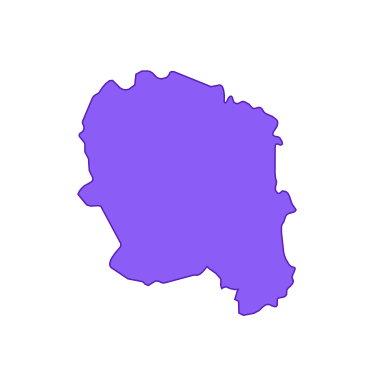 Aube, Albers equal-area conic projection, rotated 210°
{"feature_id": "FRA-5270", "entity_name": "Aube", "entity_type": "Metropolitan department", "adm_level": 1, "iso_a3": "FRA", "parent_name": "France", "parent_adm1": "", "projection": "albers", "projection_center": [4.051, 48.317], "detail": "fine", "context": "isolated", "style": "filled", "palette": "violet", "viewbox_px": 384, "rotation_deg": 210, "n_neighbors": 0, "source": "natural_earth", "source_scale": "10m", "svg_char_len": 2735}
<svg xmlns="http://www.w3.org/2000/svg" viewBox="0 0 384 384"><g transform="rotate(210 192 192)"><path d="M204.1,84.8L224.1,86.1L225.9,86.9L227.3,88.6L228.2,91.5L228.5,94.3L228.1,100.2L226.6,108.4L227.0,110.3L227.9,111.8L263.7,134.0L265.9,133.6L272.7,129.2L276.8,128.2L289.6,133.0L289.9,136.6L289.4,140.2L288.3,143.5L284.3,150.2L283.8,152.4L285.0,154.7L291.6,159.1L298.2,169.0L304.9,173.3L308.7,180.0L310.1,181.1L317.0,183.7L317.8,184.3L318.3,185.5L318.3,186.8L317.2,189.0L316.9,190.3L317.0,192.2L317.7,193.8L318.7,195.0L320.9,196.6L321.6,197.3L322.1,198.5L325.2,223.4L325.1,225.6L324.5,227.2L322.3,231.0L322.1,231.9L321.8,238.0L320.8,242.9L319.1,247.1L316.6,248.9L306.5,246.2L303.5,246.2L300.7,247.2L298.0,249.4L295.1,256.2L299.4,265.9L295.9,271.6L290.7,274.7L288.8,275.3L285.8,275.3L279.8,273.6L277.5,273.8L274.9,274.8L271.3,278.4L270.6,280.8L270.6,283.0L270.8,284.7L269.7,286.2L267.5,287.2L228.2,292.7L221.4,298.6L219.2,298.7L217.5,297.7L215.4,295.8L212.2,291.7L209.5,286.6L208.5,285.6L207.5,286.1L207.2,287.4L207.2,289.0L207.4,290.7L207.3,292.4L206.8,293.9L205.8,294.6L204.4,294.1L202.5,292.1L200.8,290.8L198.3,290.6L196.5,291.5L195.4,292.9L194.5,294.4L193.6,295.6L192.0,296.3L190.3,296.5L186.4,296.5L182.8,295.2L181.2,294.9L179.6,295.5L177.2,298.1L175.7,299.1L174.1,299.2L172.5,298.7L169.6,297.2L168.5,296.9L167.1,296.8L160.1,297.6L155.2,296.9L153.5,296.1L152.3,294.7L151.4,292.2L151.2,290.2L151.6,284.6L151.2,283.0L150.3,281.8L148.2,281.6L144.8,282.8L143.1,282.8L139.5,280.8L138.2,279.7L137.8,278.4L138.0,277.7L138.9,276.9L141.9,276.3L143.2,275.4L143.1,273.9L142.3,272.1L129.5,249.7L126.4,245.5L123.9,243.2L123.0,241.0L122.5,239.0L121.8,237.0L120.4,235.2L117.6,233.8L115.9,234.3L115.1,235.5L114.7,237.1L114.0,238.3L110.7,239.3L108.2,238.8L105.1,236.7L99.6,231.8L93.0,228.6L93.1,226.8L94.1,225.1L97.3,222.0L98.3,220.4L98.8,218.8L98.7,217.2L97.8,213.0L97.6,211.7L97.8,209.6L97.6,207.8L96.4,205.2L94.2,201.5L82.6,185.7L80.3,183.3L77.2,180.8L71.6,177.6L68.6,177.0L65.4,177.9L64.3,177.1L63.7,174.2L63.5,171.9L62.9,168.3L59.7,165.6L59.1,163.1L59.7,159.9L60.7,156.6L60.9,155.3L60.8,154.3L58.8,150.3L59.1,148.5L60.1,146.8L64.0,143.5L64.5,142.1L64.3,141.2L62.4,138.0L61.6,136.4L61.9,134.9L62.9,134.1L65.7,133.4L67.9,133.4L70.1,132.6L71.9,130.9L73.3,127.6L74.7,122.8L77.8,117.9L85.8,111.0L90.8,110.6L97.0,120.6L101.2,120.4L103.1,128.2L103.3,130.7L106.8,128.7L110.7,127.5L114.4,127.1L115.1,126.8L116.2,126.0L117.0,125.1L117.4,124.4L117.8,123.3L118.7,123.8L119.7,124.9L120.5,125.5L122.7,129.9L123.5,131.1L130.6,133.5L138.5,134.2L141.6,135.0L142.8,128.4L143.8,125.4L145.4,122.9L148.9,121.0L170.7,99.2L172.8,98.3L175.7,98.2L179.2,96.6L183.1,89.2L186.5,88.8L189.8,89.7L204.1,84.8Z" fill="#8b5cf6" stroke="#5b21b6" stroke-width="1.5"/></g></svg>